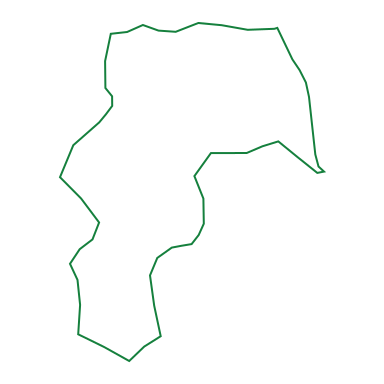 outline of Dəvəçi
{"feature_id": "AZE-1701", "entity_name": "Dəvəçi", "entity_type": "District", "adm_level": 1, "iso_a3": "AZE", "parent_name": "Azerbaijan", "parent_adm1": "", "projection": "orthographic", "projection_center": [48.885, 41.11], "detail": "fine", "context": "isolated", "style": "outline", "palette": "green", "viewbox_px": 384, "rotation_deg": 0, "n_neighbors": 0, "source": "natural_earth", "source_scale": "10m", "svg_char_len": 746}
<svg xmlns="http://www.w3.org/2000/svg" viewBox="0 0 384 384"><path d="M277.3,27.9L292.4,59.4L299.6,70.1L305.9,82.5L309.0,96.9L315.3,154.4L318.5,166.5L324.0,171.6L317.3,172.9L297.4,157.0L278.3,141.4L262.4,146.3L246.7,153.0L210.9,153.1L194.4,176.1L203.4,198.6L203.8,223.7L198.7,235.0L191.6,244.1L181.3,245.8L171.8,247.6L157.3,257.9L150.0,275.4L154.2,305.7L160.7,336.2L144.2,346.6L129.2,361.0L103.9,346.9L78.2,334.3L80.1,304.9L77.5,279.9L70.0,263.8L79.7,249.2L92.5,239.4L99.1,222.5L81.1,198.5L60.0,177.2L73.3,145.2L99.3,122.3L106.0,114.2L112.2,105.9L112.1,96.3L105.4,88.0L105.1,61.1L110.8,33.8L127.1,32.0L142.9,25.0L158.5,30.6L175.7,31.8L198.3,23.0L221.7,25.2L247.7,29.8L274.4,28.8L277.3,27.9Z" fill="none" stroke="#15803d" stroke-width="2"/></svg>